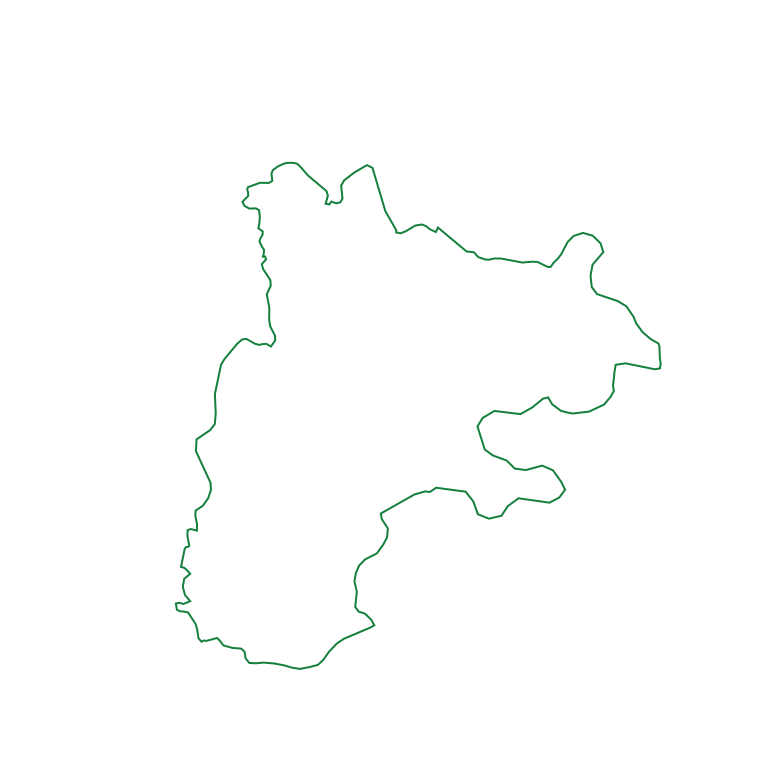 SVG path tracing the border of Mou Houn, rotated 340°
{"feature_id": "BFA-2804", "entity_name": "Mou Houn", "entity_type": "Province", "adm_level": 1, "iso_a3": "BFA", "parent_name": "Burkina Faso", "parent_adm1": "", "projection": "mercator", "projection_center": [-3.423, 12.234], "detail": "fine", "context": "isolated", "style": "outline", "palette": "green", "viewbox_px": 768, "rotation_deg": 340, "n_neighbors": 0, "source": "natural_earth", "source_scale": "10m", "svg_char_len": 3082}
<svg xmlns="http://www.w3.org/2000/svg" viewBox="0 0 768 768"><g transform="rotate(340 384 384)"><path d="M633.8,322.1L635.6,325.9L635.2,335.1L620.8,343.2L615.1,352.9L612.4,363.9L614.9,372.4L632.2,386.2L638.3,393.9L641.5,406.3L641.7,413.3L644.7,423.6L649.8,432.8L655.8,439.9L655.7,442.8L652.0,454.2L651.1,459.1L648.7,463.7L643.5,462.8L618.1,447.2L608.3,445.2L604.0,452.7L603.0,455.3L598.7,463.7L597.7,469.0L592.5,473.6L583.7,478.6L567.3,480.1L551.3,476.3L546.0,473.2L541.1,469.7L535.1,460.6L533.6,452.7L528.3,452.2L515.5,456.7L502.0,459.0L478.6,447.1L465.2,449.6L457.3,455.8L456.3,480.0L461.9,488.4L473.1,497.9L478.0,508.2L487.8,513.4L504.7,514.8L513.2,522.8L517.0,536.3L518.0,545.3L510.0,550.6L498.9,552.1L471.3,537.4L458.6,541.1L449.3,548.0L436.5,546.4L427.6,538.4L427.8,525.1L423.9,513.1L397.5,499.3L390.2,501.2L386.1,499.0L374.9,498.2L336.7,504.6L335.7,510.0L338.2,521.1L334.4,529.2L328.2,534.8L319.4,540.7L306.2,542.4L298.6,546.1L293.0,551.9L288.7,559.4L287.4,570.0L280.7,583.6L282.3,589.2L287.5,593.2L291.3,601.1L292.4,607.4L287.9,608.2L259.2,609.7L250.7,611.8L241.2,616.5L232.5,622.5L225.9,625.3L217.4,624.6L207.3,622.9L200.6,619.1L194.0,614.3L185.5,609.2L175.5,604.6L167.7,602.5L162.0,600.0L160.1,594.4L161.4,588.0L159.3,583.8L151.0,580.0L143.6,574.6L142.2,569.9L140.4,565.6L129.4,564.7L126.8,563.4L124.4,563.8L122.7,559.5L124.4,551.4L124.9,545.3L121.8,531.7L118.5,529.6L114.3,527.6L112.2,525.2L113.3,519.1L116.4,519.4L120.4,522.1L127.6,521.8L124.8,514.2L125.6,505.7L129.7,498.7L137.0,496.0L134.5,490.2L133.3,488.3L130.7,486.4L140.4,470.7L142.2,469.6L144.2,470.0L145.7,469.5L147.3,459.6L149.5,454.2L152.9,454.2L158.0,457.8L160.4,451.7L161.7,443.0L163.7,438.5L172.0,436.5L179.6,431.3L185.1,424.5L187.2,417.6L184.3,382.8L188.9,371.9L204.7,367.9L211.3,363.8L215.8,354.2L221.6,335.7L237.5,310.1L242.6,306.0L260.1,295.8L265.6,293.8L268.4,294.0L270.3,294.8L276.4,301.9L280.0,304.5L283.6,305.0L287.1,306.0L290.6,310.1L296.6,305.9L298.1,301.5L296.8,290.9L298.0,284.5L302.2,273.5L303.1,268.3L304.6,259.5L311.2,252.9L312.7,247.4L309.7,234.6L310.2,229.5L315.8,226.6L315.8,223.4L313.8,223.0L316.0,219.6L317.2,216.8L316.1,212.6L315.8,207.4L317.9,204.7L320.9,202.3L322.2,199.2L319.2,194.6L321.6,190.9L324.6,184.2L326.0,177.9L323.6,175.1L317.4,173.1L313.7,168.7L313.4,164.3L320.8,160.8L321.8,157.4L322.1,154.0L323.6,152.5L336.3,152.5L344.6,155.7L348.5,154.9L350.2,147.9L352.6,145.1L358.3,143.3L364.5,142.7L368.9,143.1L374.8,145.4L377.7,147.3L379.4,150.4L383.9,162.1L395.9,183.0L395.7,187.8L390.8,194.6L394.1,196.6L394.7,196.1L397.0,194.6L400.9,197.9L405.1,198.3L408.4,195.6L411.6,182.9L416.2,179.0L428.5,175.1L442.8,172.5L447.1,176.9L444.4,222.0L448.1,243.6L447.3,245.8L451.3,248.1L456.7,247.9L467.6,245.8L474.3,247.1L477.7,250.3L480.3,254.6L484.7,258.9L488.2,255.4L506.9,287.7L513.4,290.9L514.2,292.3L515.5,296.1L516.3,297.3L522.0,301.8L525.4,303.2L530.4,303.7L537.0,306.2L555.6,317.2L564.9,319.7L570.0,321.8L578.1,330.2L580.7,331.0L584.4,328.3L591.0,325.2L594.6,322.9L605.1,313.4L612.9,309.7L622.7,310.1L630.8,316.0L633.8,322.1Z" fill="none" stroke="#15803d" stroke-width="2"/></g></svg>